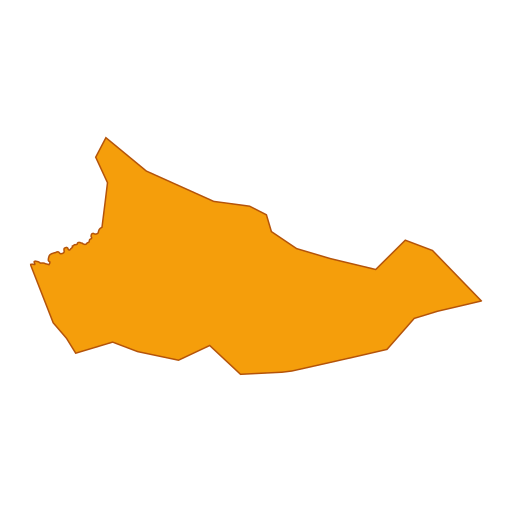 Xujirt, Övörhangay, Mongolia (Natural Earth projection)
{"feature_id": "93677404B44438011244010", "entity_name": "Xujirt", "entity_type": "district", "adm_level": 2, "iso_a3": "MNG", "parent_name": "Mongolia", "parent_adm1": "Övörhangay", "projection": "natural_earth1", "projection_center": [102.533, 46.906], "detail": "fine", "context": "isolated", "style": "filled", "palette": "amber", "viewbox_px": 512, "rotation_deg": 0, "n_neighbors": 0, "source": "geoboundaries", "source_scale": "gbopen_adm2", "svg_char_len": 1866}
<svg xmlns="http://www.w3.org/2000/svg" viewBox="0 0 512 512"><path d="M75.7,353.2L112.6,342.1L137.6,351.6L178.5,360.2L209.7,345.5L240.5,374.3L282.2,372.2L291.9,371.0L356.8,356.4L387.0,349.4L414.2,318.4L437.3,311.3L481.2,301.0L481.3,300.9L432.5,250.5L405.3,240.2L375.7,269.5L330.8,258.7L330.7,258.7L296.6,248.6L271.4,231.6L266.4,214.8L249.6,206.2L213.7,201.4L146.4,171.1L105.9,137.7L95.7,157.2L107.5,182.7L105.3,200.9L102.0,227.2L100.2,228.4L99.2,229.5L98.5,231.3L98.3,232.5L97.7,233.4L96.8,233.8L95.9,234.1L94.8,234.0L94.3,233.9L93.5,233.4L92.8,233.4L92.1,233.7L91.7,234.0L91.3,234.8L91.1,235.7L91.1,236.5L91.5,237.3L91.7,237.9L91.4,238.5L90.8,238.9L90.3,239.2L89.7,239.5L89.5,240.0L89.2,241.5L88.9,242.1L88.4,242.4L87.2,242.9L86.3,244.0L85.4,244.4L84.6,244.4L83.7,244.1L83.1,243.9L82.5,243.4L82.1,243.1L81.8,243.1L81.2,243.0L80.6,242.8L80.1,242.5L79.4,242.4L78.4,242.5L77.9,242.7L77.5,243.1L77.3,243.7L77.1,244.2L76.6,244.5L76.1,244.6L75.3,244.7L74.6,244.7L74.1,245.0L73.2,245.7L73.0,245.9L72.7,246.0L72.4,246.0L72.3,246.5L72.5,246.9L72.5,247.1L72.0,247.7L71.2,248.4L70.6,248.9L70.1,249.7L69.5,250.0L69.3,250.1L68.8,249.9L68.4,249.5L68.0,248.9L67.8,248.2L67.4,247.8L66.6,247.4L65.7,247.6L64.9,247.9L64.2,248.4L64.0,249.0L64.0,250.1L64.2,251.4L64.1,252.0L63.7,252.7L62.4,253.5L61.3,253.7L60.3,253.7L59.8,253.3L59.1,252.5L58.6,252.0L58.0,251.9L57.5,251.8L57.0,251.9L56.4,252.1L56.0,252.3L55.5,252.6L54.3,252.8L52.9,253.3L51.6,253.7L50.6,254.3L49.8,254.9L49.1,256.0L48.7,257.3L48.4,258.6L48.3,259.8L48.4,260.6L48.8,261.2L49.8,261.8L49.9,262.6L49.7,263.4L49.3,264.0L48.9,264.7L47.1,264.1L45.6,263.8L44.0,263.1L42.7,263.0L40.4,263.1L39.0,262.1L38.1,261.7L36.7,261.4L35.3,261.1L34.4,261.4L34.1,261.9L34.9,264.0L34.7,264.5L34.0,264.5L32.8,264.2L31.8,264.2L30.7,264.4L30.8,265.4L53.2,322.8L66.5,338.3L75.7,353.2Z" fill="#f59e0b" stroke="#b45309" stroke-width="1.5"/></svg>